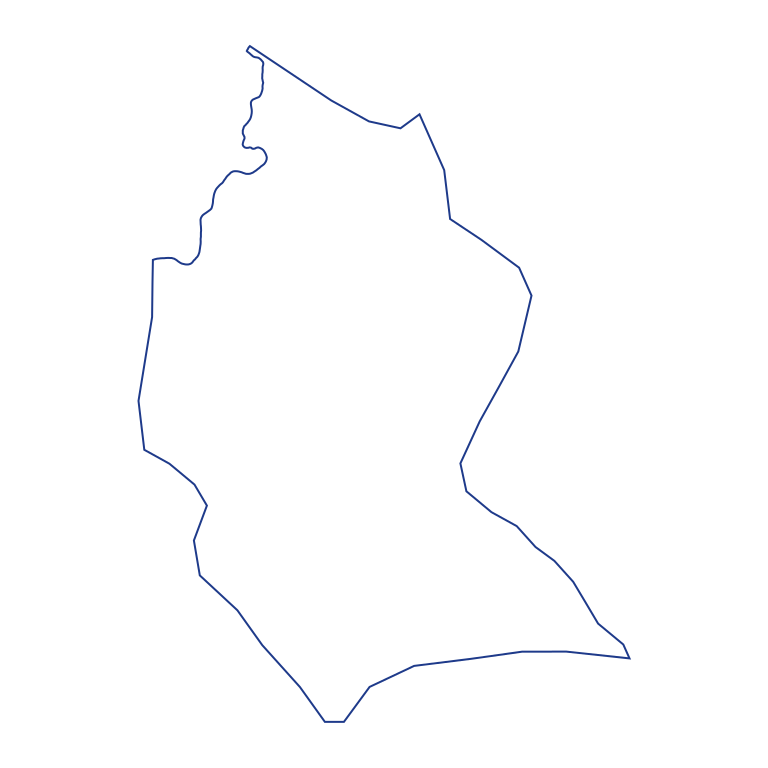 Hyesan City, Ryanggang, North Korea (orthographic projection)
{"feature_id": "82179303B10222488142424", "entity_name": "Hyesan City", "entity_type": "district", "adm_level": 2, "iso_a3": "PRK", "parent_name": "North Korea", "parent_adm1": "Ryanggang", "projection": "orthographic", "projection_center": [128.237, 41.362], "detail": "fine", "context": "isolated", "style": "outline", "palette": "blue", "viewbox_px": 768, "rotation_deg": 0, "n_neighbors": 0, "source": "geoboundaries", "source_scale": "gbopen_adm2", "svg_char_len": 3094}
<svg xmlns="http://www.w3.org/2000/svg" viewBox="0 0 768 768"><path d="M419.5,114.3L400.5,128.3L369.0,121.4L331.3,100.5L249.9,46.1L249.5,46.5L248.5,47.7L248.0,48.8L247.2,50.1L246.8,51.0L247.5,51.8L248.8,52.7L249.9,53.6L250.8,54.5L251.7,55.2L252.5,56.0L253.6,56.7L255.1,57.2L256.7,57.4L258.5,57.8L259.8,58.7L260.9,59.6L262.0,60.9L262.9,61.9L263.3,63.2L263.2,64.9L262.7,66.6L262.6,68.3L262.7,70.0L262.6,72.4L262.3,74.2L262.3,76.1L262.2,78.3L262.5,79.7L262.8,81.3L263.2,82.8L262.7,84.7L262.5,86.3L262.6,88.6L262.2,90.6L261.7,92.1L261.2,93.6L260.4,95.2L259.6,96.4L258.8,97.1L257.3,97.7L256.0,98.2L254.2,99.0L252.9,99.6L251.9,100.5L251.2,101.6L250.9,102.7L250.9,104.2L251.1,105.9L251.4,107.7L251.7,109.5L251.8,111.3L251.7,113.2L251.3,115.5L250.8,117.4L250.1,119.1L249.3,120.4L248.3,121.7L247.5,122.9L246.3,124.1L245.3,125.3L244.4,126.0L243.7,127.4L243.3,128.9L242.8,130.3L242.8,131.9L242.8,133.5L243.6,135.2L244.5,137.0L244.5,138.6L243.6,140.6L243.1,142.3L242.8,143.6L242.7,144.7L243.2,145.9L243.8,146.6L244.7,147.4L246.3,147.9L248.3,147.8L249.6,147.4L250.9,147.6L251.7,148.1L252.3,148.7L253.5,148.8L254.8,148.6L256.3,147.8L258.1,147.4L259.8,147.9L261.8,148.9L263.2,150.0L264.2,151.3L264.9,152.5L265.7,154.0L266.2,155.3L266.8,157.3L266.6,159.5L266.0,161.2L265.3,162.5L264.2,164.0L262.6,165.3L261.0,166.4L259.5,167.8L257.9,169.0L256.2,170.4L254.2,171.7L252.9,172.6L251.4,173.2L250.1,173.7L248.6,173.9L247.2,173.9L245.9,173.8L244.4,173.3L243.1,172.9L241.7,172.3L240.3,171.9L238.7,171.5L237.5,171.3L236.1,171.2L234.6,171.2L233.2,171.4L231.9,172.0L230.7,172.7L229.7,173.8L228.6,174.8L227.5,175.8L226.4,177.1L225.3,178.8L224.2,180.2L223.1,182.0L222.2,183.1L220.7,184.2L219.5,185.3L218.4,186.5L217.2,187.8L216.2,189.1L215.3,190.8L214.5,192.9L214.1,194.2L213.8,195.6L213.5,197.5L213.1,199.5L213.0,201.7L212.8,203.4L212.4,205.3L211.9,207.2L211.4,208.6L210.2,209.8L208.6,211.0L207.2,212.0L205.8,213.0L204.4,213.9L203.2,214.8L202.3,215.7L201.4,217.1L200.9,218.1L200.5,219.8L200.6,221.9L200.7,224.4L200.9,226.1L201.0,228.0L201.1,230.5L200.9,232.7L200.9,235.0L200.9,236.8L200.6,239.0L200.7,241.7L200.6,244.0L200.3,245.9L200.0,248.1L199.7,250.2L199.4,252.1L198.8,253.9L198.2,255.4L197.3,256.8L196.0,258.1L195.0,259.4L193.8,260.4L193.3,261.1L192.5,262.2L191.6,263.1L190.5,263.8L188.7,264.4L187.0,264.5L185.3,264.4L183.1,263.9L181.6,263.5L180.1,262.7L178.9,261.9L177.6,261.0L176.7,260.2L175.4,259.4L174.2,258.7L173.0,258.4L171.7,258.0L170.3,258.0L168.1,257.9L166.1,258.0L164.1,258.2L162.4,258.2L160.6,258.3L159.0,258.5L157.1,258.7L154.7,259.3L153.2,259.8L152.9,259.9L152.5,282.2L152.1,317.1L145.3,359.0L138.5,400.9L144.3,449.8L169.4,463.7L194.5,484.6L206.9,505.6L193.9,540.5L199.8,575.4L237.4,610.3L262.3,645.2L281.1,666.1L299.9,687.0L324.9,721.9L343.9,721.9L369.6,686.9L414.1,665.9L471.2,658.8L521.9,651.7L566.2,651.6L629.5,658.4L623.3,644.5L598.1,623.6L585.7,602.7L573.2,581.8L554.4,560.9L535.5,547.0L516.7,526.1L491.5,512.2L466.4,491.3L460.4,463.4L479.7,421.4L499.1,386.5L518.3,351.5L531.5,295.6L519.1,267.7L481.5,239.9L450.1,219.0L444.2,170.1L419.5,114.3Z" fill="none" stroke="#1e3a8a" stroke-width="2"/></svg>